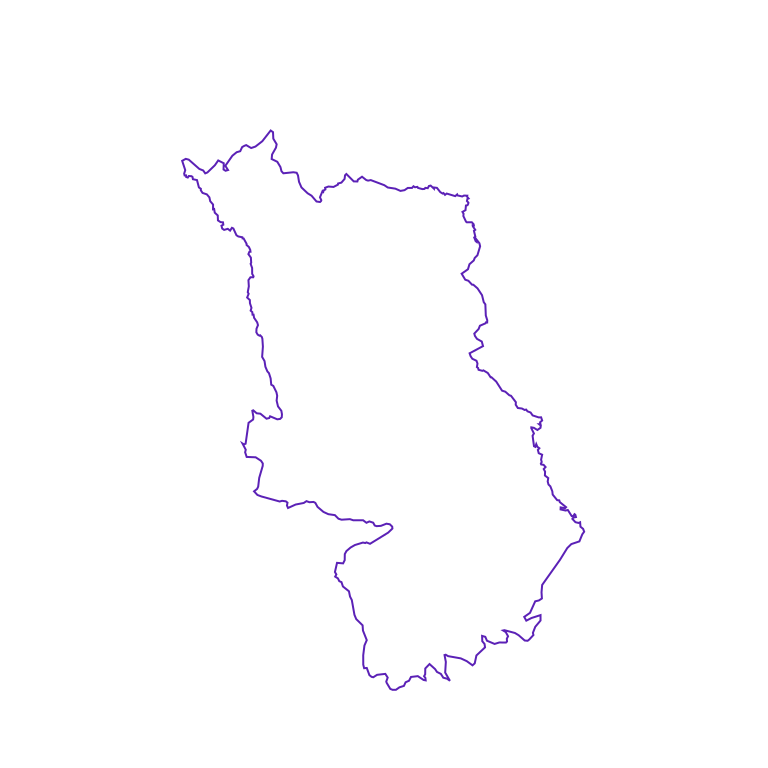 outline of Kamina, Katanga, Democratic Republic of the Congo, rotated 330°
{"feature_id": "63176286B31000864957103", "entity_name": "Kamina", "entity_type": "district", "adm_level": 2, "iso_a3": "COD", "parent_name": "Democratic Republic of the Congo", "parent_adm1": "Katanga", "projection": "natural_earth1", "projection_center": [24.927, -8.635], "detail": "fine", "context": "isolated", "style": "outline", "palette": "violet", "viewbox_px": 768, "rotation_deg": 330, "n_neighbors": 0, "source": "geoboundaries", "source_scale": "gbopen_adm2", "svg_char_len": 6162}
<svg xmlns="http://www.w3.org/2000/svg" viewBox="0 0 768 768"><g transform="rotate(330 384 384)"><path d="M550.2,262.5L547.5,260.8L545.5,260.7L541.9,257.4L542.1,256.4L539.6,256.9L533.5,250.4L531.4,250.7L531.0,248.4L530.0,248.4L528.7,246.0L527.9,240.6L525.4,238.7L524.9,239.7L523.6,235.5L521.9,235.0L519.8,236.3L517.9,234.8L516.6,235.3L514.7,234.4L511.5,231.2L511.5,230.0L509.2,229.1L508.4,227.5L506.3,228.2L502.6,226.1L498.7,226.4L494.8,225.0L491.5,220.5L485.5,215.7L483.7,212.0L474.5,200.8L471.9,199.9L470.6,198.5L468.6,193.5L463.5,194.0L462.2,195.3L459.1,193.4L456.4,183.3L454.6,183.8L452.4,186.7L447.8,188.3L444.5,187.4L443.8,188.3L438.8,188.1L434.6,185.2L431.1,184.6L430.5,186.2L428.5,186.2L427.5,187.2L427.2,186.2L421.9,190.3L421.6,193.5L420.9,194.1L419.6,194.4L416.8,192.2L415.4,184.7L413.2,180.6L410.8,172.5L411.5,166.4L413.8,160.4L414.0,157.4L411.4,155.3L402.2,151.2L401.6,148.5L402.8,144.3L402.7,138.2L399.2,133.0L401.8,129.3L408.6,125.3L410.9,122.7L410.8,116.2L413.8,110.4L412.6,107.8L400.0,112.9L391.4,114.1L386.9,113.2L384.1,108.2L382.0,107.9L379.6,107.9L375.9,110.5L372.3,109.6L366.8,110.5L355.7,115.7L355.9,120.7L353.4,120.1L352.3,118.0L355.6,112.7L352.2,107.5L346.9,110.0L336.8,112.5L334.5,112.2L334.2,108.7L331.6,105.4L327.1,92.1L324.9,89.9L320.8,89.8L318.8,99.4L316.1,101.9L315.6,103.7L316.9,104.4L316.2,105.8L317.3,107.1L319.0,106.3L321.2,107.8L321.7,108.9L320.9,111.1L324.0,113.9L322.0,121.2L323.0,123.4L322.2,124.6L322.4,127.8L325.4,131.2L326.1,135.1L324.9,138.8L325.7,143.1L323.3,147.2L324.4,147.5L323.1,151.0L324.3,154.9L322.0,159.3L323.4,162.1L325.4,163.5L324.5,165.7L322.4,165.6L321.6,168.5L322.6,170.6L326.3,171.5L327.4,174.2L330.4,172.7L331.3,174.0L330.6,181.4L331.6,183.4L334.7,186.1L334.3,187.2L335.2,187.8L335.1,193.8L334.5,194.9L335.5,197.8L335.2,201.0L334.5,202.7L333.5,202.2L331.5,203.7L331.9,208.0L329.6,212.6L328.6,213.2L327.8,217.6L324.9,222.7L324.9,225.5L324.1,226.2L321.7,224.8L318.5,226.3L315.8,231.8L311.9,236.4L311.9,238.2L308.7,240.7L309.8,244.2L308.3,247.0L307.3,251.8L305.2,253.8L305.9,255.9L304.8,258.2L305.7,258.7L304.6,261.7L305.0,267.2L304.3,270.0L301.2,272.4L299.3,275.4L299.3,278.1L300.3,279.9L301.1,279.9L301.7,282.2L301.3,284.0L297.8,291.1L292.0,299.6L292.0,304.4L289.9,309.8L289.3,314.8L289.8,317.1L288.6,322.5L286.0,328.2L287.2,330.3L286.7,337.4L285.6,340.8L282.7,344.7L281.0,350.4L281.7,355.9L280.5,359.2L278.8,361.7L276.5,362.3L273.9,361.2L269.2,355.0L267.6,356.1L264.9,355.3L262.1,347.9L259.1,345.7L257.6,341.4L256.6,341.3L254.4,347.3L252.9,349.3L247.3,349.9L234.3,366.5L232.5,366.3L231.7,364.8L231.4,371.8L229.6,373.7L228.6,378.5L236.2,383.3L239.1,389.0L239.3,392.2L238.0,394.3L229.0,402.9L223.7,410.0L221.7,411.4L217.8,412.0L218.9,416.8L221.6,420.1L234.9,433.6L237.3,434.2L240.3,436.5L241.1,438.5L239.2,440.7L238.9,443.4L247.2,444.2L255.0,446.9L258.3,446.7L260.3,449.1L264.0,450.9L265.1,452.6L265.0,457.2L267.6,464.5L270.7,468.9L275.9,473.0L277.2,477.9L279.4,480.3L286.9,484.0L289.2,486.6L297.8,491.6L299.4,495.4L302.6,495.7L305.3,498.7L305.2,501.9L306.5,503.4L310.4,505.3L316.3,506.2L318.9,508.4L319.8,511.6L319.0,513.4L313.3,514.8L292.0,515.4L289.6,512.4L288.3,512.4L286.5,510.8L278.3,508.9L273.3,508.9L267.9,509.9L265.0,511.7L261.9,516.9L258.9,518.9L253.9,515.4L247.5,522.3L247.5,525.1L245.4,526.4L246.9,529.3L246.7,532.4L248.1,534.3L247.2,538.8L250.0,546.0L248.3,551.1L248.1,555.0L243.0,569.1L242.4,573.7L244.8,582.3L242.5,587.0L241.0,597.2L236.3,600.7L230.4,608.5L225.7,616.7L224.7,620.2L227.1,621.3L225.8,628.8L226.8,631.4L228.1,632.6L232.6,632.4L240.2,635.7L240.4,640.1L237.2,642.8L236.9,644.0L237.0,651.2L238.6,653.2L241.4,654.8L245.7,654.4L250.3,655.4L253.6,653.1L257.3,653.5L260.9,651.2L267.2,653.9L270.3,660.1L271.9,661.5L272.9,659.2L272.6,657.1L274.5,656.0L277.5,651.0L283.4,649.3L285.7,656.5L285.9,659.8L288.3,663.5L288.5,668.0L291.3,670.8L292.7,674.0L292.7,664.5L298.6,655.6L300.9,649.0L302.1,649.3L303.4,651.7L313.3,660.0L317.1,665.4L320.0,671.9L322.9,671.3L328.3,665.3L339.8,662.6L341.1,659.4L340.5,655.9L343.0,651.2L345.3,653.6L344.8,657.8L349.8,664.4L354.6,665.5L360.4,668.9L361.8,668.5L363.0,666.0L365.3,664.5L365.4,659.7L363.9,657.0L365.2,657.4L372.9,665.1L375.0,668.9L377.6,676.5L380.0,678.2L382.1,677.9L387.9,676.1L388.5,674.0L393.6,669.9L401.3,667.1L404.0,662.4L394.7,660.4L388.9,660.1L389.0,655.8L396.0,655.2L406.3,647.8L409.9,648.9L413.5,648.7L416.3,643.1L420.5,637.1L448.4,624.3L460.7,617.7L466.2,616.3L474.5,618.0L480.6,613.3L483.5,612.0L484.0,609.0L482.8,605.8L484.7,601.8L483.0,601.6L480.7,599.4L479.7,595.0L481.2,594.4L483.7,595.2L484.3,592.9L483.9,592.0L481.9,593.0L480.5,592.3L480.2,585.0L478.0,584.4L474.2,580.9L475.3,579.2L478.7,582.1L480.1,581.7L477.2,574.2L477.6,572.4L475.9,571.2L474.8,564.1L476.1,561.1L476.9,555.8L476.2,553.3L477.0,550.3L479.2,547.6L477.6,543.7L479.7,540.4L479.8,537.5L482.4,536.7L481.8,533.8L479.9,532.3L480.0,531.4L481.6,530.4L482.2,528.1L485.6,524.3L483.4,521.3L484.3,518.0L486.4,517.3L485.4,515.0L485.8,512.2L483.6,514.1L482.8,512.9L486.8,503.1L489.1,501.8L489.5,495.8L489.9,495.2L491.9,496.9L493.8,500.5L497.6,500.2L499.0,498.4L498.2,496.3L499.5,496.9L500.0,495.2L502.7,494.7L503.4,491.4L501.3,490.3L497.0,485.5L496.7,482.0L494.6,479.4L494.3,477.2L492.8,476.8L491.2,474.2L487.9,471.7L487.7,467.8L489.1,465.7L488.1,457.7L486.9,456.4L485.2,451.3L482.9,448.8L482.4,438.1L480.4,431.8L479.7,431.5L479.4,426.4L476.9,421.9L475.8,421.8L473.0,419.0L473.5,417.1L472.9,415.8L475.2,413.0L475.7,410.1L473.1,406.3L472.9,403.3L473.5,400.2L488.7,400.7L489.9,396.1L487.1,391.4L486.8,387.8L487.4,385.5L493.4,383.7L496.2,381.5L502.3,382.2L503.1,381.6L504.1,382.3L505.3,380.4L506.4,375.6L511.6,365.7L511.3,363.0L513.3,356.1L512.8,347.9L511.0,342.7L509.9,342.0L508.7,336.8L506.5,334.3L506.4,327.3L514.1,326.6L517.9,323.0L523.5,321.9L525.6,320.2L529.3,319.2L536.1,312.8L537.0,309.8L536.3,304.8L535.2,307.1L534.8,306.1L535.4,302.2L536.8,302.0L538.5,296.3L540.1,296.1L539.8,291.9L540.1,291.0L541.1,291.6L541.5,290.4L540.9,287.8L536.6,285.4L536.2,284.4L536.7,278.2L538.0,276.4L538.0,274.2L541.5,274.2L544.2,270.4L545.7,270.9L547.1,270.0L547.8,269.1L547.3,267.0L548.8,265.4L550.0,265.6L549.6,263.0L550.2,262.5Z" fill="none" stroke="#5b21b6" stroke-width="2"/></g></svg>